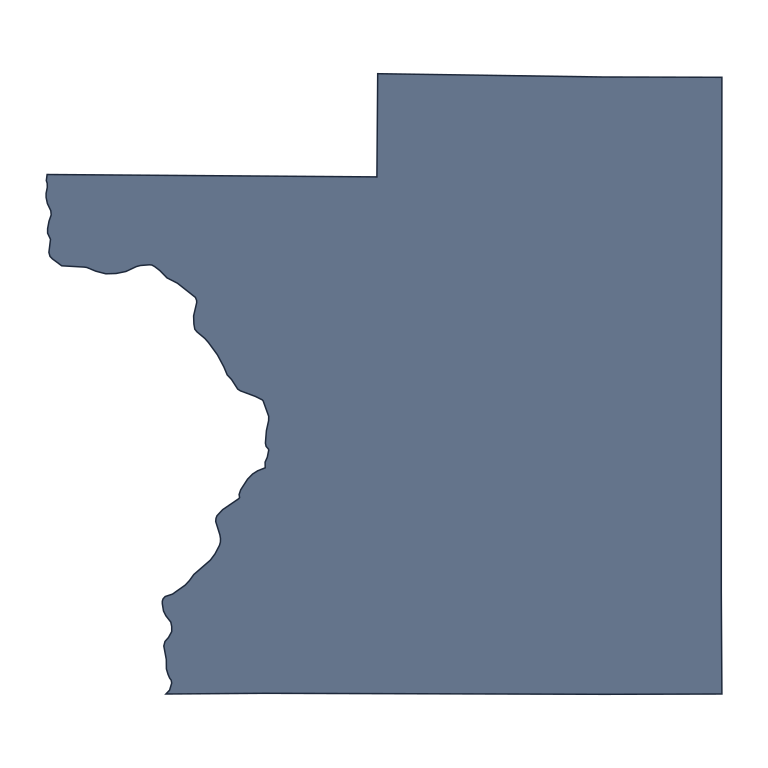 outline of Polk, Wisconsin, United States of America
{"feature_id": "52423323B37723484890273", "entity_name": "Polk", "entity_type": "district", "adm_level": 2, "iso_a3": "USA", "parent_name": "United States of America", "parent_adm1": "Wisconsin", "projection": "equal_earth", "projection_center": [-92.71, 45.469], "detail": "fine", "context": "isolated", "style": "filled", "palette": "slate", "viewbox_px": 768, "rotation_deg": 0, "n_neighbors": 0, "source": "geoboundaries", "source_scale": "gbopen_adm2", "svg_char_len": 1465}
<svg xmlns="http://www.w3.org/2000/svg" viewBox="0 0 768 768"><path d="M177.4,590.6L172.5,594.1L165.2,596.5L163.1,598.8L162.3,601.2L162.3,603.7L163.5,611.0L165.9,615.8L170.8,622.1L171.7,626.5L171.7,631.6L168.5,637.5L165.0,641.4L163.8,646.0L166.3,659.5L166.4,668.9L168.0,674.3L169.6,678.0L171.2,680.2L171.7,683.1L169.6,690.1L165.9,694.0L264.3,693.3L604.1,694.3L721.9,694.0L721.3,591.8L721.3,385.5L721.8,179.7L721.9,77.3L602.7,77.0L377.7,73.7L376.9,176.9L47.1,174.5L46.3,180.6L47.2,183.3L47.3,187.3L46.1,193.3L46.1,197.4L47.4,203.6L50.8,210.7L51.2,214.9L49.0,221.2L47.6,228.7L47.6,233.2L50.5,239.3L48.9,252.4L50.0,256.4L52.4,258.9L61.7,265.8L84.4,267.1L86.9,267.5L95.8,271.2L105.8,273.8L116.1,273.5L125.9,271.5L136.3,266.6L140.4,265.5L149.4,264.8L151.8,265.0L154.7,266.6L159.9,270.6L167.0,277.9L177.4,283.2L195.4,297.4L196.6,300.4L196.7,302.6L193.6,315.9L193.9,324.1L194.8,329.2L197.0,331.9L204.9,338.5L208.5,342.6L217.4,354.8L223.9,367.0L227.2,374.9L231.6,379.6L237.7,389.1L240.5,390.9L255.3,396.4L262.3,399.9L263.1,400.8L268.7,416.3L268.6,420.7L266.4,430.6L265.4,443.1L266.1,446.4L268.4,449.0L268.7,450.2L267.3,457.2L265.1,462.1L265.2,467.8L257.8,470.7L252.6,474.0L247.6,479.1L242.8,486.5L240.7,489.8L239.1,494.5L239.6,497.6L238.7,498.7L222.7,509.6L217.0,515.7L216.0,518.3L215.7,521.5L219.9,534.9L220.5,538.6L220.4,542.1L219.5,545.3L215.0,553.9L210.3,560.2L193.8,574.5L189.4,580.6L185.2,585.1L177.4,590.6Z" fill="#64748b" stroke="#1e293b" stroke-width="1.5"/></svg>